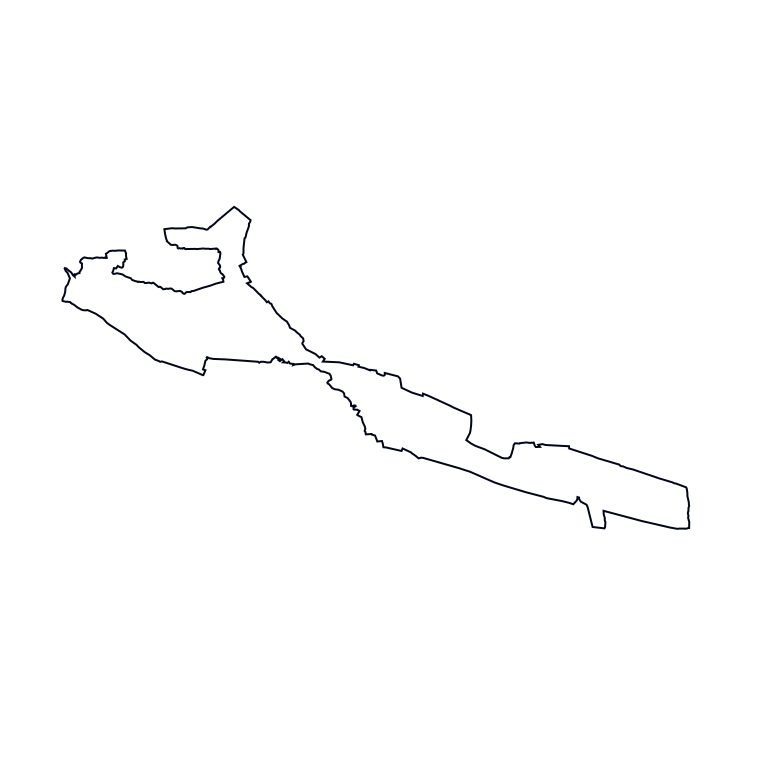 Harlau, Iasi, Romania, rotated 28°
{"feature_id": "2599482B57986450860994", "entity_name": "Harlau", "entity_type": "district", "adm_level": 2, "iso_a3": "ROU", "parent_name": "Romania", "parent_adm1": "Iasi", "projection": "robinson", "projection_center": [26.866, 47.433], "detail": "fine", "context": "isolated", "style": "outline", "palette": "ink", "viewbox_px": 768, "rotation_deg": 28, "n_neighbors": 0, "source": "geoboundaries", "source_scale": "gbopen_adm2", "svg_char_len": 6076}
<svg xmlns="http://www.w3.org/2000/svg" viewBox="0 0 768 768"><g transform="rotate(28 384 384)"><path d="M721.0,367.9L718.4,362.7L715.3,359.3L714.7,357.5L713.0,355.5L712.5,354.1L712.6,353.6L711.1,350.6L710.5,348.0L709.7,347.2L708.8,345.5L704.5,340.5L702.9,337.6L700.4,334.2L699.3,333.4L688.6,334.8L686.7,335.4L685.1,335.4L671.6,338.1L643.9,342.6L637.7,344.2L633.8,344.5L632.1,345.2L631.0,345.3L629.7,344.7L607.7,349.2L601.4,349.8L577.8,354.0L576.6,352.1L555.3,362.0L552.1,362.7L548.8,365.3L551.2,366.3L547.6,368.4L546.1,367.7L543.7,365.4L542.3,366.5L541.6,366.6L540.8,367.4L537.1,368.8L531.6,372.6L531.6,373.0L527.4,374.9L527.2,377.3L528.1,379.6L529.4,385.5L529.9,389.3L529.1,389.7L529.1,391.0L524.8,393.3L522.6,393.9L503.5,394.4L493.9,395.7L489.0,395.7L483.0,394.9L482.9,387.0L482.2,384.5L480.5,380.0L478.4,375.5L475.5,370.6L457.0,372.1L451.9,372.2L428.6,373.6L423.0,374.2L423.8,376.4L412.7,378.5L401.3,379.1L395.7,371.7L392.7,370.7L379.5,373.9L380.4,375.4L380.3,376.2L379.5,377.0L378.1,377.4L373.0,377.8L370.7,375.8L365.1,378.0L365.2,378.5L359.0,379.2L353.3,380.7L353.0,379.2L347.9,380.3L347.9,382.0L334.2,385.9L319.5,392.9L319.8,389.6L316.0,388.7L314.6,391.0L309.4,389.7L298.9,390.0L293.0,386.8L292.7,386.1L292.9,383.9L291.1,381.6L288.0,380.9L286.5,380.0L282.6,379.3L280.6,378.6L274.6,378.5L272.5,376.6L269.0,374.5L263.6,373.9L255.9,371.7L249.3,368.0L246.9,366.1L245.2,366.3L243.2,365.3L242.2,366.8L239.8,365.7L233.9,363.9L234.0,363.7L233.0,363.3L231.2,363.1L223.6,360.7L221.1,360.6L215.8,359.4L217.1,357.8L218.4,356.7L218.5,356.2L212.8,353.1L210.5,355.0L205.7,351.3L203.7,349.3L201.9,348.1L201.7,348.0L202.0,347.6L201.1,347.3L203.1,344.2L204.2,343.2L204.3,342.5L205.3,341.0L198.6,336.1L198.7,335.1L197.9,333.2L196.1,329.9L192.7,321.4L192.5,320.5L192.9,320.0L192.6,318.4L191.6,314.8L190.9,309.4L190.4,307.3L189.8,306.6L189.5,305.7L189.7,303.7L189.3,302.0L175.8,299.2L174.2,298.6L168.5,298.0L160.4,318.0L159.2,321.8L157.0,327.0L156.7,326.9L155.7,330.4L154.5,331.2L150.8,331.8L149.6,332.5L140.9,335.5L137.3,337.7L136.3,338.7L135.9,339.6L127.0,344.5L123.5,346.1L117.4,350.4L120.0,354.0L123.6,358.2L125.2,359.4L125.3,359.9L130.4,361.1L132.1,360.5L134.3,359.0L136.2,358.9L136.9,359.2L138.0,360.8L138.8,360.9L139.6,360.1L141.1,359.8L142.0,359.0L142.8,358.9L143.2,358.0L143.8,357.7L145.1,358.2L154.1,353.2L154.8,353.1L161.0,349.1L162.3,348.7L165.6,346.9L167.1,346.5L171.7,343.5L172.2,343.7L172.7,342.9L174.4,343.2L175.2,343.7L175.9,345.2L176.4,345.2L177.2,344.4L178.2,345.3L180.2,350.9L180.1,352.5L180.6,355.0L183.3,356.2L184.0,356.9L184.6,358.2L184.2,359.0L184.2,360.0L184.9,360.6L185.8,360.8L186.7,361.9L188.2,362.8L189.6,362.8L192.6,364.2L192.8,365.1L192.7,365.7L191.6,366.5L193.2,367.7L194.2,369.1L188.4,374.3L184.5,378.7L178.8,384.1L172.3,391.1L170.3,392.5L170.1,393.6L166.4,395.6L165.6,398.0L165.1,398.3L163.5,398.2L162.4,397.5L160.1,397.6L157.0,399.8L155.5,400.3L151.7,399.5L150.1,400.2L148.8,401.3L146.9,402.0L146.1,403.0L144.5,404.0L141.4,403.3L140.5,403.3L139.8,404.1L139.4,404.2L133.6,403.0L132.6,403.0L132.1,403.3L131.7,404.2L129.0,404.8L126.3,406.7L125.1,407.1L123.8,406.7L120.9,408.4L119.4,408.7L118.9,409.5L117.8,409.4L115.7,410.0L112.4,410.3L110.9,409.5L105.1,410.4L101.7,410.0L96.4,411.5L93.8,413.7L93.0,413.8L91.8,413.1L91.8,411.3L91.1,408.5L93.2,407.7L93.6,404.7L95.6,404.9L97.9,404.4L98.4,403.7L98.5,402.8L98.0,401.4L96.7,399.0L97.5,397.3L96.7,395.9L97.2,395.7L97.5,395.1L97.4,394.7L98.0,394.3L96.5,392.6L95.0,390.2L95.0,389.8L92.6,387.8L86.8,390.8L83.6,392.9L81.7,393.7L79.2,395.6L78.2,398.1L77.3,399.6L80.0,402.8L79.2,403.4L78.4,403.2L77.6,404.2L75.9,404.7L73.3,406.3L71.3,406.9L69.6,408.2L67.5,410.3L66.2,410.5L63.8,411.8L60.0,412.9L59.3,413.8L58.1,416.7L58.2,418.8L58.9,419.3L60.8,419.4L61.5,421.0L62.8,423.1L62.9,426.2L62.5,427.5L63.1,428.9L61.4,430.4L60.6,432.2L59.5,432.1L59.2,432.4L59.1,432.7L60.4,434.4L58.1,433.9L56.2,432.7L54.8,432.2L52.3,431.9L49.2,431.1L47.0,431.8L47.8,431.9L49.9,433.6L52.5,434.5L57.1,438.2L58.0,444.4L57.5,447.6L57.9,449.3L59.3,452.4L60.1,456.1L60.1,459.0L60.5,460.5L61.2,461.6L64.7,460.7L65.7,460.0L68.6,459.0L69.4,459.5L70.0,459.3L71.1,459.7L72.6,459.5L77.6,460.3L82.0,460.4L83.9,460.0L86.5,458.8L87.3,457.9L96.4,457.3L105.4,458.1L110.7,460.1L114.0,460.6L131.7,462.0L140.0,464.7L147.1,465.6L150.3,466.7L157.7,468.2L163.9,468.6L170.3,470.0L174.4,469.4L175.9,469.5L177.4,468.3L198.5,464.6L203.8,463.5L208.8,462.1L220.1,461.2L220.3,460.9L219.9,455.7L217.3,456.1L216.7,452.1L215.4,447.3L216.2,445.1L215.6,444.1L215.1,443.9L215.2,443.3L217.4,443.3L221.5,442.0L232.5,436.7L262.3,423.5L263.8,423.8L264.6,422.4L265.5,421.8L267.5,420.8L271.1,419.7L273.2,418.4L273.7,417.9L273.9,414.3L274.3,413.9L275.7,410.6L276.9,410.7L276.9,411.2L277.8,411.3L278.2,411.0L278.3,410.5L280.1,410.6L279.5,412.4L281.4,412.7L282.6,409.8L285.1,410.8L284.7,412.3L287.0,411.2L288.9,410.7L289.4,409.1L291.4,410.1L294.7,408.8L294.9,410.0L296.6,408.2L307.5,401.5L308.9,401.5L312.4,400.6L315.3,401.7L318.0,402.1L319.8,401.8L322.3,402.5L325.4,401.3L331.1,400.6L333.0,401.7L335.3,404.3L335.2,405.1L334.0,406.6L333.5,408.0L333.3,409.3L333.9,409.9L336.0,410.1L340.2,411.9L342.8,411.8L346.7,410.4L351.1,410.2L353.1,411.0L355.1,413.6L358.5,413.5L362.8,415.4L363.8,416.4L365.2,418.8L366.1,418.6L367.7,416.9L369.0,416.5L369.4,416.9L369.2,417.3L368.1,419.1L368.9,420.5L369.5,420.7L372.3,419.3L375.1,419.3L374.8,423.8L376.9,424.0L379.6,423.8L383.2,427.7L387.2,430.7L388.6,432.4L388.9,434.5L390.1,435.0L391.6,437.0L396.5,434.0L396.8,434.4L400.3,433.7L405.1,437.9L409.0,435.3L410.8,437.1L413.2,440.1L415.8,439.0L430.9,434.9L430.7,432.2L440.0,431.7L441.1,432.1L445.0,432.5L449.5,433.4L451.4,431.6L453.1,430.9L489.3,423.2L501.1,421.1L527.6,419.1L536.8,417.6L560.3,412.9L577.9,408.7L580.9,408.5L596.5,403.7L603.4,402.0L607.6,401.3L608.9,396.3L608.6,394.5L607.9,393.0L609.5,392.7L610.1,393.8L613.0,395.5L619.5,395.5L621.5,397.0L635.3,412.3L646.4,408.0L646.5,407.0L644.4,402.0L643.7,401.6L642.7,400.4L642.0,398.8L639.3,396.1L637.4,392.9L676.2,383.9L704.1,376.4L711.2,374.1L712.3,373.2L719.0,369.7L720.3,368.3L721.0,367.9Z" fill="none" stroke="#020617" stroke-width="2"/></g></svg>